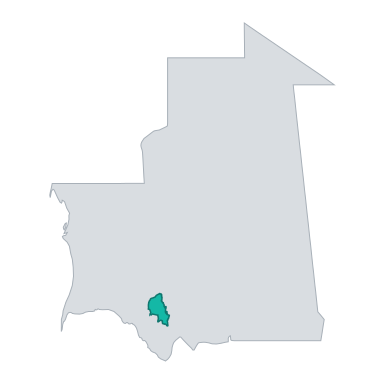 Barkeol, Assaba, Mauritania (highlighted)
{"feature_id": "47542326B92526973547543", "entity_name": "Barkeol", "entity_type": "district", "adm_level": 2, "iso_a3": "MRT", "parent_name": "Mauritania", "parent_adm1": "Assaba", "projection": "robinson", "projection_center": [-12.286, 16.647], "detail": "fine", "context": "in_parent", "style": "filled", "palette": "teal", "viewbox_px": 384, "rotation_deg": 0, "n_neighbors": 0, "source": "geoboundaries", "source_scale": "gbopen_adm2", "svg_char_len": 5495}
<svg xmlns="http://www.w3.org/2000/svg" viewBox="0 0 384 384"><path d="M161.5,359.2L160.9,359.0L158.4,357.1L157.2,354.8L155.3,353.0L152.5,351.9L150.7,350.6L149.9,349.1L148.9,348.1L147.8,347.6L147.7,347.0L148.0,346.3L147.7,344.9L146.1,341.9L144.7,340.5L143.4,340.7L142.7,340.3L142.2,339.7L142.0,338.7L141.2,337.8L139.7,337.5L138.5,335.2L137.5,331.1L136.4,327.9L134.9,325.6L133.9,324.7L133.1,324.5L132.8,324.2L132.6,323.5L131.5,323.3L129.9,324.0L128.4,323.7L127.7,322.6L126.7,322.5L125.5,323.4L124.1,323.2L122.6,321.7L121.8,320.2L121.6,318.8L119.0,315.9L114.0,311.5L108.5,309.5L102.6,309.7L99.2,309.5L98.5,308.9L97.8,308.9L97.0,309.7L96.2,309.9L95.4,309.4L94.9,309.8L94.7,310.9L92.6,311.5L88.6,311.5L85.4,312.2L82.9,313.5L79.5,314.1L75.0,313.9L72.3,313.4L71.4,312.6L70.1,312.4L68.4,312.8L66.9,315.0L65.6,318.9L64.5,321.1L63.6,321.6L62.7,324.5L62.1,329.4L61.3,331.5L61.4,319.4L62.7,314.9L63.1,310.9L65.9,302.2L69.2,295.0L72.3,285.5L73.5,276.3L73.2,267.2L72.3,259.2L70.8,253.9L69.4,246.2L67.2,242.2L63.3,238.6L62.4,236.6L63.3,235.8L65.7,235.3L67.3,232.5L64.0,233.6L67.8,225.1L69.0,219.3L68.9,215.6L69.6,213.2L66.8,208.2L64.6,201.8L63.4,200.8L62.2,200.2L62.1,201.7L61.5,203.1L60.1,202.3L57.6,197.6L54.2,190.1L53.0,189.3L52.0,190.4L51.4,191.4L50.2,197.6L49.8,195.1L50.3,192.2L51.2,188.6L52.2,183.5L55.2,183.5L60.6,183.5L71.3,183.5L76.6,183.5L87.3,183.5L92.6,183.5L103.3,183.5L108.7,183.5L119.4,183.5L124.7,183.4L135.4,183.4L140.8,183.4L144.3,183.4L144.1,179.8L143.9,177.0L143.7,173.2L143.5,169.4L143.3,165.6L143.1,162.0L142.9,158.5L142.7,155.1L142.5,152.1L142.2,150.4L141.1,146.9L140.9,145.2L141.2,143.4L141.9,141.7L144.0,138.5L147.2,136.1L150.8,133.3L153.6,131.2L155.0,130.7L159.3,130.0L162.7,128.4L166.0,126.8L167.4,125.9L167.6,123.0L167.6,57.8L183.9,57.8L188.2,57.8L218.4,57.8L222.7,57.8L244.6,57.8L244.6,54.7L244.5,50.3L244.5,44.3L244.4,38.2L244.3,27.5L244.3,23.0L248.6,26.0L257.3,32.0L261.7,35.0L270.4,40.9L279.2,46.9L287.9,52.8L292.3,55.8L296.7,58.8L301.1,61.8L305.5,64.8L314.2,70.7L317.9,73.2L323.6,77.2L328.9,81.0L334.2,84.8L326.1,84.8L315.2,84.8L307.8,84.8L300.3,84.8L293.2,84.8L293.8,90.9L294.6,97.6L295.3,104.3L296.0,111.0L296.7,117.7L298.9,137.8L299.6,144.5L300.4,151.2L301.1,157.9L301.8,164.6L303.3,178.0L304.0,184.7L304.7,191.4L305.5,198.1L306.2,204.8L306.9,211.5L308.4,224.9L309.1,231.6L309.8,238.3L310.6,245.0L311.3,251.7L312.0,258.4L312.7,265.1L313.5,271.8L314.9,285.2L315.7,291.9L316.4,298.6L317.1,305.3L317.8,311.8L320.7,315.2L324.2,319.5L323.2,325.6L322.1,332.8L320.8,340.7L311.0,340.7L301.4,340.7L277.4,340.7L272.6,340.7L248.6,340.7L243.8,340.7L234.5,340.7L231.8,340.5L230.8,339.9L230.4,335.8L229.6,336.1L228.6,337.3L228.2,338.6L228.3,340.3L228.2,341.8L225.1,342.3L220.9,343.3L216.5,344.0L212.1,343.8L210.6,343.4L209.0,342.9L205.5,342.3L203.5,342.2L201.4,342.4L198.8,342.7L197.9,343.5L196.0,346.5L194.1,350.0L192.8,350.0L191.4,348.1L187.6,344.4L183.0,339.6L180.9,337.2L179.8,336.9L177.6,338.7L175.7,340.3L173.7,342.6L172.8,344.9L172.1,347.5L171.8,350.6L171.1,354.2L169.5,357.1L167.6,359.4L166.1,360.4L165.6,361.0L161.5,359.2ZM65.7,227.3L64.2,229.9L63.6,228.9L63.3,227.2L64.6,224.7L65.3,223.4L66.4,223.0L65.7,227.3Z" fill="#d9dde1" stroke="#a8b0b8" stroke-width="1"/><path d="M148.4,304.7L148.4,306.2L148.5,307.9L148.3,309.0L148.7,309.1L148.8,309.3L149.6,309.5L149.9,310.0L150.1,310.4L150.1,310.7L150.4,311.5L150.5,311.8L150.8,312.5L150.3,313.7L150.0,314.0L150.0,314.8L150.2,314.6L150.7,314.6L151.3,314.9L152.3,314.0L153.1,314.2L157.9,315.2L157.7,315.7L158.0,316.3L158.2,316.5L158.2,317.3L158.2,317.7L158.3,317.7L158.5,318.4L158.2,319.4L158.2,320.1L157.9,320.3L158.0,320.7L157.9,321.2L157.8,321.7L158.1,321.8L158.4,321.8L159.1,321.3L160.0,320.4L161.0,320.2L161.3,320.6L162.1,320.7L162.4,321.1L162.4,322.2L162.4,323.1L162.9,323.7L163.4,323.7L164.3,324.2L164.6,323.9L165.5,324.1L166.2,324.7L166.6,325.2L166.7,325.5L167.0,325.8L167.7,325.9L167.8,325.8L167.9,325.5L167.6,323.0L167.6,322.3L167.4,321.7L167.3,321.2L167.3,320.5L167.7,320.3L167.6,319.9L167.7,319.1L168.4,318.9L168.7,317.9L168.8,317.4L168.6,317.1L168.8,316.9L169.3,315.9L169.3,315.3L167.3,314.6L167.6,314.4L167.1,313.4L166.9,313.2L167.0,312.7L167.0,312.4L167.0,311.9L166.9,311.6L166.7,311.5L166.3,311.6L166.2,311.6L166.0,312.0L166.1,312.5L166.2,312.8L166.1,313.0L166.0,312.9L165.8,312.9L165.6,312.9L165.5,312.6L165.6,312.4L165.7,312.1L165.4,311.6L165.5,311.3L165.4,311.2L165.5,310.3L165.6,309.7L165.6,309.4L165.4,309.0L165.5,308.8L165.5,308.6L165.9,308.3L165.9,308.0L166.0,307.9L165.9,307.7L166.0,307.5L166.0,307.3L165.7,307.5L165.4,307.6L165.2,307.6L165.1,307.3L165.2,307.0L165.4,306.9L165.4,306.7L165.1,306.8L164.9,307.0L164.9,307.3L164.8,307.5L164.6,307.2L164.4,306.9L164.3,306.6L164.1,306.3L164.0,306.0L164.2,305.6L164.1,305.2L164.0,304.9L164.0,304.6L163.6,304.0L163.2,303.4L163.4,303.3L163.4,303.0L163.3,302.7L162.8,302.5L162.5,302.2L162.4,302.0L162.2,302.0L162.0,301.7L161.9,301.7L161.4,301.1L161.4,300.9L161.6,301.0L161.7,300.9L161.8,300.4L161.9,300.1L161.8,299.6L161.8,299.4L161.9,299.2L161.8,298.8L162.0,298.2L162.0,297.9L162.0,297.6L162.0,297.3L161.7,297.3L161.6,297.1L161.6,295.6L161.7,295.3L161.4,295.3L161.3,294.1L160.3,294.0L160.2,293.7L159.8,293.5L159.5,293.6L159.1,293.8L158.8,294.2L158.2,294.3L157.7,294.6L157.1,295.0L156.5,295.2L156.1,295.6L156.0,295.8L155.3,296.9L154.8,297.1L154.1,297.4L153.3,297.8L152.7,298.0L152.2,298.1L151.9,298.2L151.0,298.5L150.4,299.1L150.1,300.1L149.5,300.7L149.1,301.5L149.1,301.8L148.7,302.5L148.6,303.5L148.4,304.7Z" fill="#14b8a6" stroke="#0f766e" stroke-width="1.5"/></svg>